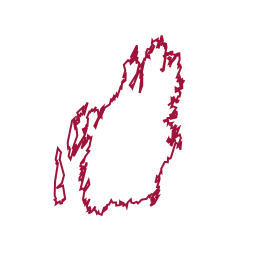 the district of Smøla nor, Møre og Romsdal, Norway, rotated 113°
{"feature_id": "86288312B9709733023788", "entity_name": "Smøla nor", "entity_type": "district", "adm_level": 2, "iso_a3": "NOR", "parent_name": "Norway", "parent_adm1": "Møre og Romsdal", "projection": "robinson", "projection_center": [8.005, 63.377], "detail": "fine", "context": "isolated", "style": "outline", "palette": "rose", "viewbox_px": 256, "rotation_deg": 113, "n_neighbors": 0, "source": "geoboundaries", "source_scale": "gbopen_adm2", "svg_char_len": 5802}
<svg xmlns="http://www.w3.org/2000/svg" viewBox="0 0 256 256"><g transform="rotate(113 128 128)"><path d="M127.6,71.3L120.8,73.4L124.0,75.0L116.7,75.4L113.8,77.8L118.3,80.8L117.1,81.1L118.6,82.5L121.9,79.0L121.2,81.2L126.9,81.0L126.7,82.3L122.8,82.9L123.8,85.2L125.7,84.1L124.2,85.3L125.3,85.2L124.8,86.8L121.7,86.6L123.3,85.5L121.9,85.0L122.3,82.4L112.8,85.8L111.8,84.9L117.0,82.1L113.9,81.9L114.9,80.6L107.5,81.1L113.0,84.2L108.6,84.4L110.5,85.8L110.1,86.0L106.2,85.3L109.6,86.0L111.3,88.1L108.5,88.6L108.7,90.0L106.0,89.3L108.1,92.2L106.5,92.4L108.6,92.9L104.2,94.3L106.3,94.3L105.6,95.1L107.8,96.7L106.7,97.3L107.7,98.7L105.5,95.5L103.3,95.4L102.2,92.7L98.7,94.7L100.5,91.8L102.4,91.7L101.1,89.9L101.1,91.3L96.8,91.6L99.9,89.4L99.1,87.8L97.9,88.2L98.4,89.2L96.4,88.3L94.0,89.7L94.1,91.0L96.5,90.0L95.5,91.2L97.0,92.6L90.4,91.5L90.4,94.8L92.1,96.3L85.5,96.5L91.6,100.0L87.4,97.6L83.5,99.5L84.2,97.1L82.5,98.4L81.8,97.9L85.6,93.4L84.8,92.4L83.1,92.3L83.6,94.2L79.3,94.2L78.9,92.8L74.0,93.7L75.5,94.1L73.4,95.9L75.9,98.2L72.3,99.9L72.6,97.8L70.9,96.2L71.9,95.0L70.1,93.6L67.6,94.8L70.1,95.1L69.0,96.1L62.1,94.8L64.8,96.7L62.1,97.4L63.7,98.7L61.8,99.1L63.2,99.2L68.4,96.3L63.6,100.0L66.7,100.9L61.4,99.8L60.3,100.7L63.3,100.7L61.9,101.6L62.5,102.8L51.8,102.9L50.0,104.2L52.3,105.3L48.2,106.3L50.9,106.8L44.8,107.2L39.3,109.9L40.0,111.1L42.8,110.2L40.3,111.4L41.0,112.1L45.2,111.8L51.1,113.6L55.8,113.3L51.6,113.7L53.1,115.3L49.5,115.6L48.3,118.4L46.6,117.5L46.7,116.0L50.7,115.0L49.7,114.6L50.4,113.9L41.8,112.5L43.0,116.1L41.9,116.6L43.6,117.0L43.4,117.6L39.8,116.6L43.2,118.6L42.0,118.9L43.4,120.0L42.5,120.2L46.2,119.9L43.7,120.8L44.0,122.2L61.1,117.7L62.2,118.6L61.1,119.7L61.8,121.3L60.0,118.7L49.6,121.1L47.8,122.4L48.3,123.7L46.8,122.4L38.7,124.1L35.1,126.3L38.7,125.0L39.5,125.3L34.9,127.7L37.1,126.6L38.1,127.3L36.6,128.1L37.2,129.5L39.4,129.9L34.5,129.5L35.5,130.1L34.5,131.6L33.5,130.3L29.7,133.2L42.8,130.9L41.1,131.8L42.1,132.8L35.8,133.4L35.6,134.7L37.3,135.1L34.6,135.5L38.9,138.7L38.0,139.8L41.1,139.0L42.5,135.7L49.1,136.0L51.9,138.7L47.2,137.2L42.6,138.3L46.7,138.7L47.8,140.4L46.8,140.8L51.4,140.8L53.9,139.7L53.2,138.7L54.9,137.2L53.6,136.7L55.1,135.7L54.8,138.0L56.0,139.3L59.9,138.9L57.0,140.1L61.8,139.8L63.1,139.2L60.9,139.1L71.1,137.1L73.5,135.1L76.2,135.9L76.0,134.6L83.4,131.5L91.3,131.0L77.2,135.1L77.2,136.3L71.9,138.1L72.2,139.2L71.0,139.4L71.2,138.0L63.4,140.2L68.8,142.0L72.0,140.1L89.3,139.6L87.6,140.8L88.9,141.1L87.8,142.6L88.7,143.3L74.4,141.0L64.0,142.9L63.0,144.8L65.5,145.5L58.9,146.8L63.6,147.6L53.2,149.4L62.6,149.9L58.3,150.4L61.0,151.5L52.2,150.4L48.4,152.1L61.1,153.0L64.2,150.9L62.0,150.3L64.6,149.3L66.9,150.3L64.5,151.5L66.7,151.4L65.0,152.6L66.5,154.1L64.7,154.2L71.5,156.5L76.2,152.9L83.8,152.1L79.8,151.0L85.2,148.9L87.5,150.1L84.8,150.5L87.7,151.4L95.4,149.1L91.6,151.0L102.6,150.2L101.1,151.8L104.1,151.6L103.9,152.8L107.0,151.5L107.7,152.4L106.5,152.3L105.1,153.4L110.5,153.2L107.3,154.9L113.4,154.0L118.4,157.3L126.1,157.4L117.9,159.0L120.7,160.0L126.8,159.7L126.2,158.4L127.6,157.6L126.7,157.4L128.6,156.5L128.2,157.8L129.9,158.2L129.2,158.9L140.3,158.1L139.2,159.8L129.4,159.2L123.2,162.9L123.9,164.2L123.0,164.3L124.9,165.0L121.1,165.9L125.2,166.2L124.8,167.3L127.0,167.5L124.4,168.5L129.2,169.0L127.0,169.9L134.6,169.9L134.8,168.6L142.3,166.0L143.3,166.7L141.4,167.1L141.4,167.3L147.0,167.0L145.5,168.0L146.8,169.1L150.8,165.4L143.7,165.9L151.1,165.0L167.9,167.5L164.1,169.3L165.1,170.0L175.2,166.9L154.0,165.1L153.7,163.6L157.0,162.7L155.6,161.7L160.1,162.7L157.1,163.0L157.9,163.6L165.1,162.8L156.6,160.5L150.5,161.9L151.2,159.7L153.8,160.4L150.9,158.1L159.9,156.3L165.9,157.2L164.1,156.6L164.3,154.6L171.4,156.3L176.5,155.5L178.5,156.3L173.3,156.4L178.7,157.5L181.7,156.9L181.1,154.9L185.4,155.5L180.9,154.1L180.3,152.3L175.9,152.7L177.9,151.8L182.5,152.1L181.8,152.7L184.3,153.5L188.1,153.6L186.4,151.9L192.8,153.2L195.0,152.3L193.5,151.0L194.5,150.1L181.3,151.2L203.2,147.8L201.4,146.0L202.4,144.4L191.4,143.9L195.2,141.4L204.3,143.3L211.4,141.4L212.3,140.7L210.8,139.5L212.3,139.4L210.6,138.4L214.0,138.8L215.1,137.8L213.2,137.8L214.4,136.5L208.3,135.6L215.9,135.4L218.2,133.6L215.8,132.3L216.8,131.3L219.5,132.2L218.3,130.7L219.9,130.0L222.1,131.1L219.4,128.7L213.0,127.4L216.9,127.0L216.6,125.5L219.0,123.1L216.6,122.5L218.2,121.3L218.2,118.3L210.9,118.9L210.1,118.3L214.3,118.0L210.8,116.0L206.9,117.1L205.9,115.5L201.0,115.2L202.8,113.1L201.2,109.9L204.0,108.6L202.2,105.4L199.1,106.4L200.5,104.1L198.8,104.8L199.0,102.5L200.9,101.5L199.2,100.1L201.2,98.3L196.7,99.2L192.6,97.5L195.3,95.8L195.0,93.3L192.6,91.2L193.5,89.3L188.7,87.5L186.0,83.3L182.1,82.3L183.0,81.3L179.8,80.6L179.5,79.1L171.1,76.1L169.9,76.5L170.9,78.2L163.3,78.8L160.2,80.2L165.6,79.4L165.4,80.8L167.6,81.4L161.0,82.5L161.4,80.7L155.6,80.8L156.0,79.8L152.4,81.5L144.8,80.9L144.0,78.0L139.8,79.5L140.0,77.6L138.8,76.9L122.9,78.5L123.1,75.9L126.2,75.0L124.0,73.7L127.6,71.3ZM219.6,158.8L217.9,158.1L206.4,165.4L211.4,170.3L204.5,167.3L196.4,168.5L183.4,178.7L176.6,180.2L174.0,184.7L185.2,182.3L187.2,180.0L189.4,180.3L187.5,179.9L188.8,179.5L188.1,178.7L205.9,174.2L218.7,169.2L221.3,166.6L222.8,167.5L223.7,165.2L226.3,164.7L222.3,162.1L224.0,160.7L223.0,159.4L219.8,160.2L218.8,159.4L219.6,158.8ZM179.3,168.7L168.1,169.7L168.3,170.9L154.9,171.7L148.2,175.4L147.5,176.2L150.4,175.6L143.9,179.9L139.8,180.9L143.0,182.3L165.1,177.8L170.3,175.0L168.9,174.4L170.3,173.1L177.1,171.7L179.3,168.7ZM131.5,173.8L120.3,175.1L128.9,176.7L126.5,177.6L133.7,180.7L135.8,178.5L137.5,179.2L140.8,177.7L141.9,178.9L145.2,177.1L141.3,175.3L135.1,178.8L135.5,176.6L133.3,177.1L133.5,175.1L130.3,175.0L131.5,173.8ZM187.3,74.3L178.7,73.3L180.7,75.2L172.3,74.8L183.5,79.2L185.5,78.1L182.7,77.2L183.6,75.8L190.9,77.0L187.3,74.3Z" fill="none" stroke="#9f1239" stroke-width="2"/></g></svg>